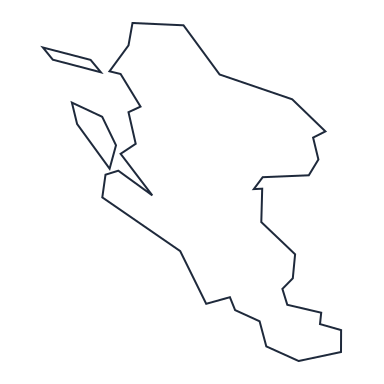 the border of Charente-Maritime
{"feature_id": "FRA-5278", "entity_name": "Charente-Maritime", "entity_type": "Metropolitan department", "adm_level": 1, "iso_a3": "FRA", "parent_name": "France", "parent_adm1": "", "projection": "mercator", "projection_center": [-0.827, 45.732], "detail": "coarse", "context": "isolated", "style": "outline", "palette": "slate", "viewbox_px": 384, "rotation_deg": 0, "n_neighbors": 0, "source": "natural_earth", "source_scale": "10m", "svg_char_len": 712}
<svg xmlns="http://www.w3.org/2000/svg" viewBox="0 0 384 384"><path d="M206.2,303.8L180.2,251.1L102.3,197.4L105.5,174.7L118.3,170.7L152.3,195.4L120.6,153.8L135.7,143.8L128.5,112.2L140.5,106.6L120.6,74.0L109.5,71.3L128.5,45.4L132.5,23.0L183.5,25.3L219.6,74.5L292.2,99.3L325.4,131.4L313.1,137.6L318.4,159.5L308.8,175.3L262.7,177.2L253.8,189.1L262.2,188.7L261.3,222.1L295.1,254.3L292.8,278.3L282.4,288.9L287.3,304.8L321.2,312.7L320.0,324.1L341.1,330.1L341.0,352.0L298.6,361.0L266.3,346.4L259.6,321.3L235.1,310.1L229.9,297.2L206.2,303.8ZM102.2,116.8L116.0,145.3L109.6,168.7L77.1,124.0L71.9,102.6L102.2,116.8ZM100.9,72.3L52.8,59.7L42.9,47.5L90.6,59.9L100.9,72.3Z" fill="none" stroke="#1e293b" stroke-width="2"/></svg>